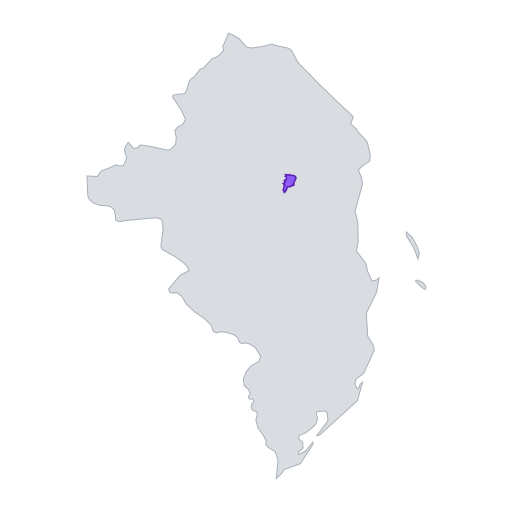 location of Yorito, Yoro, Honduras, rotated 91°
{"feature_id": "27666195B19722524554409", "entity_name": "Yorito", "entity_type": "district", "adm_level": 2, "iso_a3": "HND", "parent_name": "Honduras", "parent_adm1": "Yoro", "projection": "equal_earth", "projection_center": [-87.306, 15.078], "detail": "fine", "context": "in_parent", "style": "filled", "palette": "violet", "viewbox_px": 512, "rotation_deg": 91, "n_neighbors": 0, "source": "geoboundaries", "source_scale": "gbopen_adm2", "svg_char_len": 4845}
<svg xmlns="http://www.w3.org/2000/svg" viewBox="0 0 512 512"><g transform="rotate(91 256 256)"><path d="M478.3,231.9L459.9,230.4L451.2,233.4L447.4,240.1L444.2,243.1L441.4,242.4L435.9,245.1L427.6,251.0L420.1,253.3L413.4,251.8L411.4,253.3L410.9,255.2L409.9,257.1L407.3,258.2L404.3,257.6L401.0,255.5L399.2,256.4L399.0,260.3L397.2,261.3L393.8,259.5L389.9,260.9L385.7,265.6L379.6,266.5L371.9,263.9L365.8,258.8L361.5,251.4L356.4,249.5L347.5,255.1L343.8,261.5L343.0,265.5L343.9,269.0L342.2,271.4L338.1,272.6L335.0,277.0L332.8,284.6L332.4,290.4L333.7,294.5L331.7,297.6L326.2,299.5L319.8,306.1L312.4,317.2L305.1,324.9L297.8,329.4L294.2,334.3L294.5,339.6L294.1,341.3L292.7,342.0L290.3,342.7L276.1,331.0L272.0,322.8L268.5,324.1L264.1,328.2L257.8,337.4L251.1,349.9L247.9,351.3L231.1,349.4L222.3,350.5L220.5,352.2L219.6,356.8L220.1,362.9L222.6,384.9L224.0,394.0L222.6,396.8L218.1,397.3L212.3,398.6L209.0,402.7L208.3,407.0L208.0,413.0L206.1,419.1L202.5,423.6L198.9,425.2L178.9,426.4L179.3,416.1L173.5,412.0L170.2,403.5L167.3,397.7L168.3,394.3L168.0,390.2L159.9,387.0L152.2,389.5L147.9,387.9L144.6,385.7L150.2,380.7L150.6,377.6L148.8,375.4L147.0,373.9L147.5,368.2L148.7,361.5L151.8,345.8L150.6,343.0L145.5,338.3L139.1,337.8L132.0,339.3L128.6,336.9L125.6,331.5L120.5,328.9L111.5,333.2L102.0,339.7L99.1,342.1L96.7,341.7L95.6,336.9L95.1,331.1L94.5,329.7L89.5,327.7L83.6,326.2L80.6,324.6L77.7,320.7L70.6,315.6L69.1,311.9L59.6,303.3L57.7,299.0L55.5,295.9L51.0,291.9L47.4,292.9L35.5,288.0L33.7,287.5L35.3,283.2L39.1,276.5L47.4,269.1L48.1,263.1L46.0,251.6L43.9,244.1L45.0,240.8L47.6,227.4L49.6,224.2L61.5,217.5L62.7,216.5L72.1,207.0L82.5,196.5L93.3,184.9L105.4,171.9L112.1,164.3L115.2,161.1L122.2,163.7L127.6,157.6L130.8,155.6L138.2,148.2L140.5,146.6L152.9,143.6L158.9,143.7L164.1,151.1L168.2,155.2L176.1,151.7L182.6,150.9L209.7,157.8L220.4,154.8L240.2,154.1L249.1,155.8L261.6,146.0L269.6,144.1L279.1,139.5L277.8,134.8L275.5,132.7L289.9,134.7L311.4,144.7L334.3,142.9L342.5,137.5L347.9,136.0L371.3,146.2L377.5,154.0L382.4,154.8L386.1,153.0L387.1,151.4L382.5,149.7L380.4,147.2L398.9,152.1L433.8,189.2L434.6,192.2L419.7,181.2L411.8,182.0L409.8,183.8L410.2,189.8L411.0,192.6L414.3,192.9L416.8,191.3L423.0,193.3L427.1,197.2L432.0,203.4L435.0,210.0L438.2,210.1L441.3,206.1L447.2,205.6L451.1,210.1L453.8,209.8L450.0,202.9L441.0,196.0L443.1,195.7L463.0,208.1L468.7,223.6L473.4,227.1L478.3,231.9ZM244.4,98.7L233.0,106.2L229.4,106.0L234.7,100.2L243.1,95.3L250.3,92.8L256.2,93.9L244.4,98.7ZM283.6,90.7L278.2,96.2L277.2,93.7L279.8,88.6L283.1,85.6L286.3,85.9L285.5,88.2L283.6,90.7Z" fill="#d9dde1" stroke="#a8b0b8" stroke-width="1"/><path d="M191.9,228.6L191.8,228.4L191.7,228.3L191.6,228.2L191.3,228.1L191.2,228.1L191.1,227.9L190.9,227.6L190.7,227.6L190.3,227.4L190.0,227.4L189.8,227.2L189.7,227.2L189.6,226.9L186.2,225.7L186.2,223.4L185.2,221.0L184.6,219.7L184.4,219.7L184.2,219.8L184.2,219.7L184.1,219.8L183.9,219.9L183.9,220.0L183.8,219.9L183.8,220.0L183.7,219.9L183.7,220.0L183.2,219.8L183.1,219.7L182.9,219.5L182.7,219.5L182.6,219.4L182.4,219.4L182.4,219.5L182.2,219.5L181.9,219.5L181.7,219.6L180.0,218.3L177.0,217.3L176.9,217.3L176.7,217.4L176.6,217.7L176.4,217.7L176.3,217.8L176.1,217.9L176.0,218.0L175.8,218.2L175.8,218.3L175.7,218.4L175.6,218.5L175.4,218.6L175.3,218.8L175.2,218.9L175.2,219.0L175.1,219.3L175.1,219.7L175.1,219.8L175.1,220.0L174.9,220.3L174.7,220.5L174.7,220.8L174.7,221.1L174.6,221.3L174.6,221.5L174.5,221.8L174.5,222.0L174.6,222.3L174.6,222.6L174.6,222.9L174.7,223.0L174.7,223.3L174.6,223.5L174.6,223.8L174.6,224.0L174.6,224.3L174.5,224.5L174.4,224.5L174.5,224.6L174.5,224.8L174.4,224.8L174.4,225.0L174.4,225.3L174.4,225.5L174.3,225.8L174.3,226.0L174.3,226.3L174.3,226.5L174.4,226.8L174.4,227.0L174.2,227.3L174.2,227.2L174.1,227.3L174.1,227.5L174.3,227.5L174.5,227.6L174.8,227.6L175.1,227.6L175.3,227.8L175.5,227.9L175.5,228.0L175.8,228.1L175.8,227.6L175.9,227.3L176.2,227.0L179.0,227.0L179.1,227.3L179.3,227.4L179.5,227.4L179.6,227.5L179.7,227.8L179.7,228.1L179.6,228.3L179.6,228.5L179.8,228.8L180.0,228.8L180.3,228.9L180.5,228.7L180.5,228.8L180.8,228.8L180.8,228.7L181.0,228.6L181.1,228.8L181.3,228.9L181.5,228.8L181.9,228.7L181.9,228.8L182.0,228.9L182.3,229.0L182.4,228.9L182.5,228.8L182.8,229.0L183.0,229.1L183.2,229.3L183.3,229.3L183.4,229.6L183.4,229.8L183.5,229.7L183.8,229.5L183.8,229.4L183.9,229.2L184.0,229.0L184.0,228.9L184.0,228.7L184.4,228.7L184.4,228.8L184.6,228.9L184.7,229.0L184.8,229.1L185.0,229.1L185.2,228.9L185.4,228.7L185.5,228.7L185.8,228.7L185.8,228.8L186.0,228.8L186.2,229.0L186.3,229.1L186.5,229.2L188.3,229.7L188.5,229.7L188.8,229.6L189.0,229.6L189.3,229.7L189.5,229.8L189.7,230.0L189.8,230.1L190.0,229.9L190.1,229.7L190.3,229.5L190.5,229.5L190.6,229.4L190.6,229.2L190.8,229.0L191.0,228.9L191.3,229.0L191.5,229.0L191.5,228.9L191.7,228.7L191.8,228.6L191.9,228.6Z" fill="#8b5cf6" stroke="#5b21b6" stroke-width="1.5"/></g></svg>